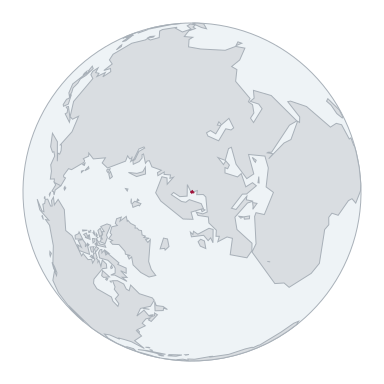 Lääne on an orthographic globe, rotated 262°
{"feature_id": "EST-1661", "entity_name": "Lääne", "entity_type": "County", "adm_level": 1, "iso_a3": "EST", "parent_name": "Estonia", "parent_adm1": "", "projection": "orthographic", "projection_center": [23.689, 58.901], "detail": "fine", "context": "on_globe", "style": "filled", "palette": "rose", "viewbox_px": 384, "rotation_deg": 262, "n_neighbors": 0, "source": "natural_earth", "source_scale": "10m", "svg_char_len": 11462}
<svg xmlns="http://www.w3.org/2000/svg" viewBox="0 0 384 384"><g transform="rotate(262 192 192)"><circle cx="192" cy="192" r="169" fill="#eef3f6" stroke="#a8b0b8"/><path d="M37.0,124.7L38.7,121.1L46.5,106.2L53.5,95.2L61.4,84.9L70.0,75.1L72.2,73.0L96.8,54.0L78.6,66.7L85.2,61.2L93.4,55.1L92.4,56.1L102.8,50.2L110.9,45.7L123.9,41.9L132.9,44.8L128.1,46.2L130.9,47.0L137.1,45.5L140.5,44.3L158.2,47.2L178.9,46.3L185.1,43.1L184.0,46.3L195.5,38.8L206.5,37.7L194.2,40.8L193.1,42.6L200.7,42.6L201.1,44.5L205.1,45.7L205.0,48.1L197.8,50.0L197.6,51.6L203.0,51.6L206.2,54.1L198.4,53.9L203.3,58.4L192.3,63.1L171.4,61.6L165.4,67.1L144.1,73.8L146.2,75.6L139.5,79.6L139.3,83.3L135.4,83.7L138.7,86.3L142.3,85.2L144.9,86.0L145.1,88.1L140.2,89.0L139.4,88.1L138.0,89.5L135.5,89.0L136.9,90.4L130.9,91.4L137.1,93.7L132.6,97.2L128.5,97.0L128.6,92.8L119.4,82.8L115.3,81.8L109.5,84.3L99.2,97.6L94.8,98.5L89.1,102.7L91.6,104.0L97.0,101.2L100.3,105.0L106.5,101.5L108.7,102.6L115.2,101.0L114.5,105.9L110.4,111.6L105.0,113.4L103.0,116.0L108.4,118.3L98.6,125.7L92.7,137.9L90.1,139.5L84.6,135.0L83.9,124.8L76.8,120.1L81.7,128.0L75.2,132.2L74.3,135.0L74.8,137.8L77.4,138.1L75.2,140.7L69.5,133.6L71.4,131.1L73.2,133.3L72.8,128.7L69.0,124.4L66.0,127.1L63.3,118.6L61.1,120.5L59.3,119.9L63.0,117.3L56.4,122.0L52.8,114.5L43.7,123.0L52.3,111.0L55.1,105.0L57.8,98.7L56.3,99.9L61.9,90.7L63.5,85.6L58.9,88.7L52.9,96.2L47.2,105.7L47.9,105.9L45.0,112.3L42.0,114.6L36.2,128.0L33.9,132.5L32.2,137.1L37.0,124.7ZM31.2,140.2L29.9,144.7L27.8,152.8L28.1,154.0L27.7,159.8L25.9,164.8L27.2,164.7L26.0,171.3L26.5,186.8L26.0,186.7L26.1,205.8L29.2,222.9L29.9,230.0L29.3,230.6L31.0,236.3L31.1,237.9L40.8,260.5L47.9,274.6L49.2,279.6L46.2,277.1L46.9,278.6L41.2,268.2L36.2,257.4L32.0,246.4L28.6,235.0L26.0,223.5L24.2,211.7L23.2,199.9L23.1,188.1L23.8,176.2L25.3,164.5L27.6,152.9L28.4,149.9L29.5,145.7L29.6,145.4L31.2,140.2ZM41.4,124.9L35.0,143.2L36.2,135.4L36.4,136.2L38.6,131.0L41.7,122.8L43.5,116.5L41.4,124.9ZM43.9,127.1L44.8,124.3L44.3,126.8L43.9,127.1ZM141.9,43.6L137.1,45.3L131.4,46.1L135.3,44.4L141.9,43.6ZM152.9,43.0L150.8,44.2L148.0,42.7L150.1,42.5L152.9,43.0ZM189.4,40.6L185.4,41.0L189.1,40.0L189.4,40.6ZM205.6,45.5L206.6,44.8L208.2,45.7L205.6,45.5ZM115.1,98.5L115.1,99.7L113.9,99.3L115.1,98.5ZM117.9,96.6L116.4,95.4L117.6,94.3L118.4,95.1L117.9,96.6ZM209.6,50.3L211.8,52.1L208.3,50.5L209.6,50.3ZM119.4,98.5L119.7,92.6L121.7,90.9L126.6,92.5L119.4,98.5ZM212.4,53.4L218.0,58.0L220.7,56.9L216.4,63.0L213.0,56.8L208.2,55.0L211.6,54.9L212.4,53.4ZM143.3,83.9L139.5,85.2L142.4,82.2L143.3,83.9ZM144.5,81.9L149.8,72.1L155.6,71.5L152.6,74.8L159.9,72.6L160.1,77.1L156.2,79.3L152.4,78.8L155.3,80.9L144.5,81.9ZM213.1,65.7L213.4,67.3L211.7,66.1L213.1,65.7ZM146.1,86.1L146.7,84.1L151.7,83.4L151.5,87.3L150.0,86.3L146.1,86.1ZM161.7,69.9L165.4,70.2L166.6,73.9L168.2,74.6L160.6,77.2L161.7,69.9ZM149.0,87.5L151.3,89.4L149.2,91.7L145.9,88.1L149.0,87.5ZM153.1,81.6L155.5,81.5L154.1,82.8L153.1,81.6ZM142.9,101.2L143.4,98.7L146.1,98.1L142.9,101.2ZM152.3,89.9L153.0,89.1L154.1,88.6L155.2,90.3L152.3,89.9ZM162.0,79.7L161.7,81.2L165.1,78.8L166.1,81.6L160.9,82.9L163.6,83.5L163.9,84.4L159.3,84.5L162.0,79.7ZM159.6,90.6L153.3,93.5L151.7,98.3L149.3,98.9L152.3,91.1L159.6,90.6ZM159.8,87.0L159.2,89.4L156.5,88.9L155.3,86.9L159.8,87.0ZM168.7,83.1L168.5,78.4L169.6,78.3L168.7,83.1ZM159.7,92.1L161.2,91.4L159.9,92.5L159.7,92.1ZM166.5,85.9L166.3,84.2L167.6,84.2L166.5,85.9ZM164.4,91.4L162.4,92.3L161.5,91.0L164.4,91.4ZM165.8,89.0L167.7,89.3L162.4,90.0L165.5,88.2L165.8,89.0ZM167.8,86.1L168.5,85.5L167.7,86.8L167.8,86.1ZM168.9,96.1L162.5,97.3L160.6,94.3L167.1,93.5L168.9,96.1ZM177.0,360.3L169.8,359.1L158.2,352.6L163.1,349.5L161.7,345.7L148.6,333.5L151.5,327.6L147.9,323.9L140.5,322.9L136.3,318.1L131.8,316.8L103.6,308.2L94.8,298.7L84.1,274.9L89.1,270.5L89.8,261.3L124.2,243.1L131.8,248.2L159.1,250.6L162.6,252.5L159.6,260.5L180.3,272.6L186.7,266.1L205.2,270.9L217.4,269.2L221.3,253.2L201.3,255.7L197.6,248.1L213.4,239.5L230.8,237.2L229.9,234.2L218.7,229.3L222.5,222.5L214.8,227.0L218.1,229.8L213.4,232.8L210.1,230.5L211.6,228.1L206.3,227.3L200.6,239.2L203.4,243.3L189.6,246.0L192.8,253.2L189.2,256.6L182.4,245.7L182.9,241.6L170.4,228.8L168.6,233.2L180.3,245.8L176.7,244.7L174.4,251.3L173.4,245.4L161.1,231.0L148.6,231.3L132.9,244.3L125.5,243.1L119.2,237.2L124.6,221.1L140.5,225.6L142.6,220.4L139.1,210.6L144.3,212.9L144.8,209.6L150.8,210.8L159.0,204.4L165.0,204.7L168.0,194.6L171.5,193.4L168.8,199.7L170.1,204.3L185.1,205.0L187.9,202.9L188.7,196.3L192.7,197.5L191.5,191.2L200.0,188.4L188.6,186.6L189.1,179.3L194.1,173.7L192.3,171.1L184.1,180.3L182.7,184.4L184.8,188.3L179.2,199.5L174.1,201.0L172.2,188.3L164.8,189.2L166.5,179.4L187.4,159.8L196.3,155.9L211.3,164.3L209.4,169.2L203.1,168.5L209.2,175.7L208.6,172.0L211.9,173.1L213.3,166.8L215.7,167.3L212.9,160.5L216.0,160.5L217.8,164.7L222.5,155.8L229.0,154.1L228.9,151.9L226.9,149.9L236.4,149.3L235.9,147.7L232.6,147.3L229.5,143.9L227.6,137.7L231.0,137.8L232.1,140.1L239.6,145.1L242.1,151.3L243.3,150.7L242.0,145.4L232.8,139.2L230.7,135.5L235.4,137.8L233.5,136.6L233.6,134.8L236.8,133.3L231.8,130.5L227.5,111.7L233.3,107.1L237.9,111.0L238.5,98.9L245.0,95.2L241.9,94.7L240.1,89.0L238.1,90.0L236.5,89.4L230.9,75.8L232.3,73.0L226.4,67.2L224.8,67.0L223.5,68.7L216.4,63.0L220.7,56.9L224.1,57.5L224.5,53.5L232.1,55.7L238.6,55.9L246.7,61.0L251.1,60.9L250.8,59.4L256.5,58.3L269.6,62.0L260.6,65.7L241.2,62.9L249.3,64.5L247.9,66.2L251.1,68.1L256.7,69.3L257.0,68.1L268.4,81.6L282.8,90.2L280.7,83.8L283.6,81.8L298.2,87.4L318.1,109.6L322.2,108.2L325.3,110.4L328.0,116.3L323.6,113.2L322.5,116.4L319.6,113.9L322.4,122.8L318.4,119.7L322.5,128.3L325.6,128.5L324.6,121.6L329.9,130.8L334.3,128.6L339.4,133.0L347.7,153.1L349.1,167.0L350.2,169.3L348.3,171.8L349.5,181.0L355.9,182.4L357.0,185.4L357.2,200.2L356.6,198.3L351.8,204.8L353.5,213.7L357.2,210.4L358.6,213.8L356.9,218.6L355.2,216.0L353.4,218.1L352.0,211.2L347.0,206.0L345.1,214.3L343.4,210.3L336.2,208.8L332.4,220.5L327.7,244.6L330.1,255.5L327.1,264.4L316.1,257.6L310.7,248.7L307.0,253.5L295.5,250.6L276.5,262.5L273.5,260.4L270.0,264.1L261.7,264.3L257.0,260.2L252.2,262.6L264.7,273.0L269.8,270.3L273.7,262.3L276.3,266.6L284.1,267.0L276.5,283.9L247.8,305.7L244.6,297.8L220.3,276.3L220.8,272.9L220.6,272.5L220.3,271.9L218.6,277.6L214.3,272.6L227.7,289.9L230.2,297.3L247.4,306.4L245.9,308.2L251.3,309.1L268.1,299.4L268.3,302.2L260.7,317.3L237.0,338.1L239.9,344.4L237.8,349.5L222.6,355.1L223.5,356.9L215.5,358.7L214.7,359.3L208.5,360.1L192.8,361.0L177.0,360.3ZM112.8,256.9L111.9,259.7L112.8,256.9ZM249.7,242.2L259.8,238.8L254.4,230.4L257.8,228.4L254.7,226.4L253.9,229.8L246.3,223.6L250.3,218.8L248.6,214.6L245.2,215.6L239.0,225.5L249.9,234.2L248.0,239.3L249.7,242.2ZM26.6,187.2L26.4,190.0L26.1,187.5L26.6,187.2ZM35.2,136.1L34.4,139.2L33.6,141.6L33.9,139.4L35.2,136.1ZM31.8,162.4L31.5,166.4L31.3,163.0L31.8,162.4ZM34.3,146.0L32.0,159.3L31.6,153.4L33.2,145.1L32.8,149.7L34.3,146.0ZM41.8,128.1L41.0,130.4L40.4,130.6L41.8,128.1ZM43.5,128.9L43.6,128.3L44.5,126.7L43.5,128.9ZM75.5,132.6L75.9,133.2L75.9,136.2L74.8,135.3L75.5,132.6ZM82.7,147.4L79.1,151.3L80.9,147.7L78.6,147.0L79.5,138.9L88.9,139.8L84.5,140.8L82.7,147.4ZM83.4,128.7L81.7,133.5L83.2,128.2L83.4,128.7ZM141.9,191.1L144.0,194.0L141.8,197.5L134.1,197.8L137.2,192.7L141.9,191.1ZM147.5,197.5L147.7,185.2L152.5,184.8L149.8,187.0L152.9,188.0L149.4,191.9L153.7,203.8L152.0,207.7L138.8,205.7L144.0,204.1L141.6,201.2L147.5,197.5ZM140.0,157.1L140.1,152.5L150.3,157.4L148.9,161.2L141.2,161.6L138.2,157.3L140.0,157.1ZM128.0,102.8L127.4,101.2L128.7,100.9L130.4,102.0L128.0,102.8ZM142.9,100.1L132.0,109.8L130.7,108.4L125.8,116.2L120.7,115.5L124.0,110.4L116.4,115.8L117.3,111.0L112.5,115.2L120.5,103.9L121.1,100.0L122.4,104.6L127.2,105.3L129.4,104.5L136.1,99.2L139.6,91.3L144.9,91.0L147.6,92.9L147.6,94.7L144.2,94.3L146.6,97.1L141.6,97.9L142.9,100.1ZM177.0,118.5L173.1,116.6L177.0,123.5L172.1,123.8L172.8,124.6L169.4,126.9L166.5,131.1L164.2,130.6L164.0,132.5L161.7,134.1L160.8,136.6L156.4,136.6L154.8,139.7L153.6,138.0L152.1,143.3L151.3,139.4L148.2,141.3L150.7,144.1L129.2,139.4L120.9,140.9L114.4,144.5L113.8,137.6L119.4,130.1L128.0,123.5L136.1,123.2L134.3,120.4L137.7,119.4L137.7,122.1L139.7,117.4L142.5,117.4L150.1,112.4L151.3,106.0L154.2,104.1L155.1,106.6L157.3,103.0L160.9,106.5L163.0,105.3L168.7,107.7L169.2,113.4L171.6,111.7L176.0,113.6L177.0,118.5ZM170.5,96.9L172.2,103.4L170.4,106.9L161.2,101.3L158.8,101.9L152.9,98.7L155.7,93.8L157.1,95.2L159.1,95.3L157.5,96.8L160.3,95.8L162.4,97.6L165.2,97.4L165.0,99.5L170.5,96.9ZM166.4,249.8L169.0,250.5L173.1,250.5L171.7,254.8L166.4,249.8ZM157.8,240.1L160.2,239.9L160.3,245.7L157.5,245.1L157.8,240.1ZM161.5,235.0L160.3,239.4L159.3,236.7L161.5,235.0ZM171.0,199.2L173.5,198.7L173.8,200.2L172.4,202.4L171.0,199.2ZM187.6,139.8L185.6,138.0L186.4,137.1L185.0,131.4L188.6,130.9L190.8,134.0L187.6,139.8ZM217.9,256.5L214.5,260.0L212.6,258.9L214.2,257.9L217.9,256.5ZM192.0,258.6L198.0,260.3L191.6,259.7L192.0,258.6ZM191.2,138.3L190.3,136.0L192.6,137.1L191.2,138.3ZM191.1,130.2L193.9,131.0L188.9,130.2L191.1,130.2ZM265.5,339.5L252.9,349.2L245.3,351.8L244.4,351.1L249.5,346.3L258.5,341.9L263.2,337.9L265.5,339.5ZM358.3,221.9L356.9,227.0L351.6,229.1L353.6,224.2L358.5,216.6L358.3,218.8L359.2,215.7L358.9,218.5L358.3,221.9ZM360.5,204.8L360.4,203.3L360.4,199.1L360.7,195.5L359.4,172.9L359.4,170.0L360.4,177.9L360.4,177.7L361.0,191.3L360.5,204.8ZM330.8,255.9L334.3,258.4L332.4,262.0L330.8,255.9ZM357.2,161.1L358.9,170.6L356.8,160.4L357.2,161.1ZM354.9,153.4L355.7,154.9L355.2,155.4L354.9,153.4ZM351.8,172.1L351.6,176.3L350.8,175.1L350.5,168.9L351.8,172.1ZM343.3,136.9L346.4,140.8L347.5,142.9L345.9,142.3L343.3,136.9ZM220.2,131.8L218.1,140.1L218.9,146.1L223.1,149.3L216.3,148.5L215.0,139.3L220.2,131.8ZM226.3,114.1L222.6,111.6L224.7,110.5L225.9,110.9L226.3,114.1ZM223.7,114.1L218.2,115.3L216.5,112.5L221.1,112.1L223.7,114.1ZM204.7,126.6L203.9,129.0L202.0,128.0L204.7,126.6ZM356.8,154.8L356.9,155.4L357.9,160.5L355.0,148.2L355.4,149.0L356.8,154.8ZM355.6,151.0L356.6,155.7L355.0,149.4L355.6,151.0ZM356.4,155.6L355.6,153.8L355.3,151.3L356.4,155.6ZM355.2,149.2L353.6,144.8L354.1,145.5L355.2,149.2ZM353.6,150.2L354.2,147.6L354.8,154.1L351.0,147.5L350.5,143.9L353.6,150.2ZM326.2,104.6L324.2,103.6L322.6,100.2L324.4,101.8L326.2,104.6ZM315.6,88.9L321.5,99.0L325.9,107.6L326.3,106.2L330.5,110.8L327.9,111.3L322.2,103.2L319.5,97.2L315.7,94.1L311.6,88.7L307.2,86.7L304.3,83.9L307.4,83.9L315.6,88.9ZM305.4,86.2L296.2,81.7L294.8,76.7L296.5,76.6L301.3,80.7L301.8,83.0L305.4,86.2ZM293.6,79.2L293.9,81.6L281.2,81.4L278.1,80.3L287.1,77.3L287.9,79.4L291.3,80.4L293.6,79.2ZM215.1,66.9L213.5,67.2L214.3,66.1L215.1,66.9ZM235.4,90.1L233.3,89.1L234.3,87.6L235.4,90.1ZM228.1,85.4L228.5,87.8L226.7,85.2L228.1,85.4ZM229.5,93.2L228.0,88.7L231.5,93.1L229.5,93.2Z" fill="#d9dde1" stroke="#a8b0b8" stroke-width="1"/><path d="M191.8,193.1L191.8,192.9L191.8,193.0L191.7,193.0L191.7,192.9L191.7,192.7L191.8,192.6L192.0,192.4L192.0,192.5L192.2,192.4L192.3,192.4L192.2,192.3L191.9,192.3L191.7,192.4L191.8,192.2L191.7,192.1L191.6,191.9L191.8,191.8L191.9,191.7L191.8,191.8L191.7,191.7L191.7,191.4L191.7,191.5L191.7,191.3L191.7,191.2L191.8,191.0L191.9,190.9L192.0,190.9L192.0,191.0L192.3,191.2L192.3,191.3L192.5,191.3L192.7,191.5L192.6,191.8L192.7,192.0L192.8,192.2L192.7,192.2L192.7,192.3L192.6,192.5L192.4,192.7L192.4,192.8L192.3,193.0L192.2,193.0L191.9,193.0L191.8,193.1ZM191.5,191.6L191.5,191.8L191.4,191.8L191.2,191.8L191.1,191.7L191.3,191.6L191.5,191.6L191.5,191.6Z" fill="#f43f5e" stroke="#9f1239" stroke-width="1.5"/></g></svg>